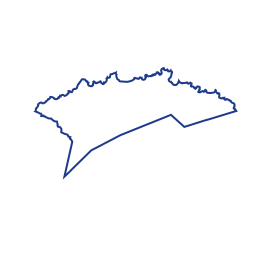 West Guadalcanal, Guadalcanal, Solomon Islands (Albers equal-area conic projection), rotated 114°
{"feature_id": "97153195B83823462382784", "entity_name": "West Guadalcanal", "entity_type": "district", "adm_level": 2, "iso_a3": "SLB", "parent_name": "Solomon Islands", "parent_adm1": "Guadalcanal", "projection": "albers", "projection_center": [159.663, -9.546], "detail": "fine", "context": "isolated", "style": "outline", "palette": "blue", "viewbox_px": 256, "rotation_deg": 114, "n_neighbors": 0, "source": "geoboundaries", "source_scale": "gbopen_adm2", "svg_char_len": 5578}
<svg xmlns="http://www.w3.org/2000/svg" viewBox="0 0 256 256"><g transform="rotate(114 128 128)"><path d="M68.4,36.0L68.0,36.6L67.7,37.5L67.5,37.4L67.3,37.7L67.3,38.0L67.1,38.4L67.2,39.1L66.9,39.5L66.4,39.7L65.2,39.4L64.9,39.4L64.5,39.9L63.6,40.0L62.9,40.5L62.4,41.7L62.5,43.6L62.4,44.2L61.3,45.3L61.3,45.6L61.7,46.3L61.7,46.8L61.2,47.3L61.4,48.7L61.3,49.3L61.4,49.7L62.2,50.0L62.3,50.5L62.7,50.7L62.7,51.3L62.5,51.7L61.3,52.2L61.6,52.5L61.7,53.3L62.1,53.3L62.2,53.8L62.8,54.1L63.1,55.3L63.0,55.9L63.2,56.7L62.7,57.4L60.7,57.9L59.9,58.3L59.4,58.8L59.3,59.3L60.1,59.8L60.1,60.2L59.8,60.4L59.8,61.0L59.3,61.7L59.2,62.3L58.8,63.0L58.6,63.1L57.9,63.0L57.7,63.5L57.9,63.6L58.1,63.6L58.7,63.1L59.0,63.1L60.3,63.7L60.9,64.3L62.5,66.9L63.3,69.1L63.5,70.2L63.4,70.4L63.2,70.6L63.2,71.0L62.4,71.8L62.1,71.8L62.0,72.1L61.8,72.1L61.4,72.4L60.9,72.3L61.7,72.7L61.8,72.9L62.5,72.7L62.8,72.8L63.6,73.5L64.1,73.5L64.1,73.9L63.8,74.2L63.9,74.9L65.3,76.1L65.9,76.5L66.3,77.1L66.6,78.0L66.6,78.3L66.3,78.5L65.2,78.3L65.0,78.5L64.5,78.5L63.7,78.1L63.1,78.3L62.8,78.7L61.6,79.0L61.4,80.0L61.8,81.5L62.0,81.6L63.0,81.8L64.0,81.9L64.8,82.4L64.6,83.0L64.0,83.1L64.3,83.4L64.3,84.1L63.7,84.9L63.6,85.5L63.9,86.2L64.3,86.7L64.3,87.5L64.1,87.7L63.5,87.8L62.9,87.7L61.6,87.9L61.3,88.2L61.6,89.2L61.4,89.5L61.7,89.6L63.0,90.8L62.9,91.7L62.3,92.1L62.4,92.7L62.6,93.0L63.2,93.4L64.3,95.6L64.7,96.0L65.1,96.7L64.9,96.8L65.2,97.6L65.1,98.4L65.3,98.8L65.3,99.1L64.6,100.3L64.4,100.6L64.8,100.5L65.3,100.7L66.4,100.5L68.7,101.2L69.5,102.1L69.5,102.7L69.9,103.4L70.0,104.1L69.4,105.6L68.9,106.0L69.0,106.4L68.8,106.9L68.5,107.3L68.4,107.4L68.6,107.6L68.6,109.1L67.7,110.2L66.9,110.7L64.7,109.8L64.0,109.7L62.8,109.7L61.0,110.3L60.7,110.2L60.2,110.4L59.5,110.3L58.6,110.6L58.1,110.4L58.3,110.6L58.8,111.7L58.7,112.2L58.2,112.5L59.2,112.9L59.9,114.2L59.5,115.2L59.0,115.6L58.8,115.5L58.6,115.9L59.4,116.5L60.0,117.3L60.2,118.0L60.0,119.0L59.6,119.2L58.9,119.3L58.9,120.1L59.9,120.7L60.3,121.1L61.1,121.3L62.2,121.0L62.9,120.4L63.6,119.8L64.5,119.5L65.3,119.6L65.4,119.9L65.2,120.3L65.3,120.4L65.7,120.0L66.3,120.3L66.5,120.6L66.4,121.1L66.2,121.6L65.9,121.8L65.8,122.3L65.5,122.7L65.2,122.7L65.3,123.1L65.0,123.6L65.1,124.0L65.5,124.3L66.2,124.2L66.4,124.3L66.7,124.3L67.5,125.0L68.1,124.8L68.2,125.0L68.4,125.0L68.5,125.2L68.5,125.3L68.7,125.5L68.4,125.9L68.9,126.3L69.5,126.2L69.8,126.5L69.6,126.8L69.4,126.9L69.3,127.1L70.1,127.6L70.7,127.4L71.1,127.7L71.3,128.1L71.2,128.5L72.6,130.5L72.4,131.5L72.5,132.4L73.8,132.5L74.4,132.2L75.0,132.5L75.5,132.5L75.9,132.2L76.8,132.5L77.5,133.3L77.9,134.1L77.8,134.6L77.3,135.6L76.9,135.8L76.8,135.7L76.6,135.9L76.9,136.2L76.9,136.5L76.8,137.5L77.2,137.9L78.4,138.0L78.7,138.2L79.1,139.2L79.0,140.2L79.5,141.3L79.3,142.1L79.6,142.5L80.0,142.6L80.9,142.3L82.5,143.2L83.5,144.0L85.1,146.0L85.9,147.1L86.5,148.4L88.0,152.4L88.6,154.3L88.6,155.1L87.8,156.0L87.8,157.2L87.6,157.7L86.3,159.1L85.5,159.7L84.4,160.2L83.9,160.2L83.1,161.4L82.7,161.5L82.9,161.6L82.8,161.8L83.0,161.9L83.1,162.3L84.0,163.4L85.2,164.4L85.7,165.2L85.7,165.5L86.1,165.7L87.4,165.6L89.1,165.2L90.0,166.0L90.2,166.8L90.0,167.3L90.4,167.2L90.7,167.3L91.4,167.8L91.6,167.8L91.8,167.4L92.0,167.2L92.7,166.9L94.5,166.8L95.3,167.3L96.3,167.6L96.7,168.1L96.5,168.4L97.3,168.4L97.4,168.1L97.6,168.1L98.0,168.5L98.1,169.1L97.8,169.8L97.7,170.8L97.3,171.3L96.8,171.6L96.5,172.1L96.6,172.3L97.1,172.5L98.4,173.5L99.0,174.3L99.7,174.8L100.0,175.2L100.0,175.6L100.1,175.8L99.7,176.2L99.8,176.8L99.4,177.5L99.3,178.1L99.9,178.5L100.1,178.4L100.3,178.0L102.2,177.9L102.2,177.6L103.0,177.4L104.3,177.8L104.8,178.7L105.1,179.7L105.2,181.2L104.8,181.8L104.0,182.5L103.6,182.6L103.0,182.4L102.7,182.5L102.9,183.1L102.7,183.7L102.6,184.0L102.0,184.2L102.0,184.5L102.3,184.8L102.1,185.5L101.2,187.0L101.3,187.4L101.6,187.9L101.7,189.0L102.1,189.7L103.7,190.2L105.0,190.3L105.4,190.6L106.3,190.6L107.1,191.0L108.0,190.9L108.5,191.3L109.8,191.3L112.3,191.0L113.2,191.4L113.6,191.8L113.8,192.4L114.1,192.5L114.5,193.3L115.1,193.7L116.1,193.9L117.4,193.7L118.1,193.9L118.4,194.7L118.2,195.5L118.1,196.7L118.5,197.4L119.1,197.0L119.6,196.5L119.9,196.4L120.9,196.7L121.1,197.1L121.7,197.0L122.1,197.3L122.5,197.3L124.2,198.5L124.4,198.8L124.2,200.9L124.9,201.9L125.6,202.3L126.1,203.3L126.3,203.3L126.8,202.6L127.3,203.3L127.9,203.8L128.6,204.0L128.6,203.5L128.7,203.4L130.0,204.4L130.6,205.0L130.9,205.5L131.3,206.6L131.3,207.0L130.8,207.4L130.9,207.9L130.7,208.5L130.6,209.9L130.9,210.4L131.2,211.6L131.4,211.6L132.1,211.5L133.1,211.6L133.6,211.9L133.9,212.5L134.2,212.8L134.6,212.8L135.2,212.7L136.4,213.4L136.7,213.7L137.5,213.7L138.2,213.9L138.8,214.7L139.4,214.9L140.1,215.7L140.2,216.4L139.9,217.3L140.4,218.2L141.5,219.2L143.1,219.7L143.9,219.2L144.3,219.2L145.5,219.3L147.8,220.0L148.5,219.6L149.8,219.4L150.2,219.0L150.5,219.2L150.4,216.3L150.6,214.6L150.3,213.2L150.8,212.5L152.4,212.1L152.3,211.7L151.0,210.1L151.6,209.1L151.2,208.3L151.5,207.0L151.5,204.3L150.6,202.0L150.9,201.4L151.0,200.9L151.6,199.5L151.6,197.1L151.0,195.5L153.7,193.5L154.0,193.6L154.7,193.2L155.2,192.7L155.3,192.2L154.7,190.8L155.7,188.8L156.3,188.3L157.5,187.7L158.9,187.4L159.1,186.4L159.1,183.0L158.7,181.3L159.2,179.6L160.1,179.1L159.8,177.0L161.2,176.9L161.4,176.7L161.3,176.1L162.0,174.9L162.5,174.1L163.0,173.8L163.3,173.3L198.3,166.3L190.3,163.0L190.0,163.0L163.4,152.5L137.6,132.0L98.5,94.1L104.1,77.0L90.2,61.3L86.8,57.2L68.4,36.0ZM73.7,133.2L73.6,132.8L72.9,132.7L72.3,133.1L72.5,133.5L73.1,133.6L73.7,133.2ZM72.4,132.6L72.2,132.1L71.8,132.6L72.0,132.9L72.4,132.8L72.4,132.6Z" fill="none" stroke="#1e3a8a" stroke-width="2"/></g></svg>